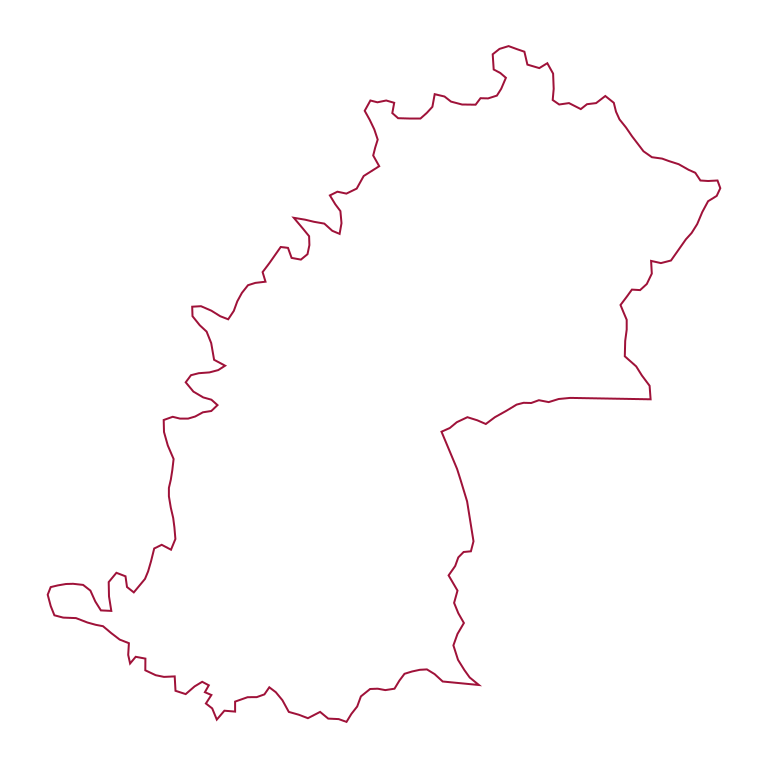 Arroio do Tigre, Rio Grande do Sul, Brazil
{"feature_id": "56859067B46715985023238", "entity_name": "Arroio do Tigre", "entity_type": "district", "adm_level": 2, "iso_a3": "BRA", "parent_name": "Brazil", "parent_adm1": "Rio Grande do Sul", "projection": "robinson", "projection_center": [-53.063, -29.255], "detail": "fine", "context": "isolated", "style": "outline", "palette": "rose", "viewbox_px": 768, "rotation_deg": 0, "n_neighbors": 0, "source": "geoboundaries", "source_scale": "gbopen_adm2", "svg_char_len": 3368}
<svg xmlns="http://www.w3.org/2000/svg" viewBox="0 0 768 768"><path d="M524.4,51.7L517.1,49.2L508.6,46.1L499.5,48.9L492.7,54.3L493.7,69.5L500.3,73.0L505.9,77.8L501.2,88.8L496.9,95.6L488.1,98.4L480.5,98.2L475.6,104.7L462.0,104.5L451.0,101.6L444.5,96.5L434.7,94.2L432.4,106.8L426.9,112.8L420.5,118.5L408.6,118.5L398.1,118.2L392.3,113.1L394.2,102.8L386.2,100.5L377.4,102.3L370.4,100.5L364.7,110.8L369.7,119.8L374.3,129.4L377.7,139.6L375.2,147.6L373.2,155.5L379.2,166.2L363.7,176.0L356.7,188.6L346.4,193.6L337.4,191.7L329.9,195.4L335.3,204.3L340.4,211.1L341.5,223.2L339.6,233.9L332.3,230.8L324.3,223.6L314.0,221.8L305.2,219.7L293.8,217.8L302.9,228.6L309.1,236.2L309.4,245.1L307.5,254.2L300.9,259.6L291.6,257.9L288.0,247.9L280.7,247.0L275.3,254.7L269.4,263.1L262.6,272.1L265.5,281.7L255.3,282.9L248.0,285.2L241.9,292.9L237.3,301.3L233.8,310.9L228.2,319.3L220.2,316.2L211.4,310.7L201.0,306.2L192.2,306.7L192.5,316.2L199.8,325.3L206.6,331.6L211.2,343.1L214.1,359.8L225.1,365.7L218.2,370.1L209.5,372.4L198.8,373.2L191.0,375.2L185.7,382.3L193.4,391.6L203.2,397.4L211.4,399.7L217.5,405.1L211.3,411.0L202.9,412.3L195.2,416.5L188.1,418.6L180.0,418.6L172.7,416.8L163.7,420.0L164.0,432.0L167.8,445.5L173.6,459.0L172.3,470.2L170.8,479.7L168.9,487.9L168.9,496.3L170.8,507.7L173.2,518.0L174.4,527.3L175.4,539.0L171.0,549.7L161.7,544.8L154.2,548.5L151.0,561.4L148.1,571.4L145.0,578.9L133.8,592.4L127.0,587.0L125.5,576.3L116.4,572.8L108.7,582.1L109.0,596.4L111.3,610.9L100.9,610.4L95.3,601.5L90.4,590.6L83.1,584.9L73.1,583.8L66.0,584.0L57.8,585.4L50.7,587.1L47.7,594.7L50.7,606.0L54.4,615.3L63.2,617.6L76.0,618.1L87.4,622.5L95.7,624.8L103.0,626.2L111.1,633.0L119.7,639.6L128.9,643.2L128.2,654.9L130.1,663.5L135.7,656.8L145.4,658.6L145.3,670.3L155.7,675.2L164.0,676.9L174.7,676.4L175.5,690.8L185.7,694.1L194.6,686.4L202.2,681.8L208.8,685.3L204.9,692.2L211.4,695.0L205.9,703.5L212.2,708.4L216.8,719.6L224.4,710.7L235.1,711.6L235.1,701.6L247.6,697.2L256.8,697.1L264.4,694.4L269.3,687.3L275.8,692.2L282.4,700.2L288.8,711.9L298.7,714.7L307.9,718.2L320.1,711.9L328.2,718.6L338.7,719.1L346.5,721.9L351.4,713.9L357.2,706.5L360.9,696.4L370.1,689.0L377.7,688.7L385.3,690.1L394.5,688.7L399.4,680.6L404.5,673.8L412.0,671.5L419.8,669.8L426.9,669.4L434.6,674.1L442.7,681.5L478.9,685.0L469.7,677.5L464.4,670.1L458.0,659.8L453.4,645.4L457.5,633.9L463.9,623.0L458.3,613.2L454.1,602.9L457.5,590.6L448.6,575.4L455.2,566.0L458.3,557.4L463.6,552.0L470.9,551.3L473.5,541.3L467.1,501.4L460.5,479.7L457.1,469.0L446.4,443.4L441.5,431.7L449.8,428.0L456.8,422.2L467.4,417.2L477.3,420.3L485.8,424.0L494.9,417.2L506.0,411.0L516.6,404.6L523.6,402.8L531.2,403.0L538.9,400.2L548.7,402.1L558.7,399.0L570.2,397.9L650.6,399.3L649.6,385.8L641.9,375.5L636.2,366.4L624.8,356.3L625.2,340.9L626.7,329.6L626.7,319.8L623.6,312.5L620.5,305.0L627.0,296.4L631.9,289.6L640.1,290.1L646.8,284.0L651.8,273.6L651.1,260.9L660.9,263.1L671.0,260.5L678.6,249.7L685.9,239.3L691.6,233.0L697.2,224.1L702.3,212.0L708.1,201.2L716.7,195.9L720.3,188.2L717.5,180.5L708.1,181.0L700.4,180.5L695.3,172.8L688.6,169.8L678.7,164.2L669.0,161.1L662.1,158.6L651.9,157.2L643.5,151.3L638.0,144.1L632.1,136.4L626.0,127.5L619.5,119.4L616.0,111.7L613.8,102.8L605.3,96.0L596.1,103.1L587.0,104.2L580.8,109.1L569.0,103.1L559.2,104.5L552.7,100.0L553.7,88.8L553.1,73.6L547.3,63.2L539.3,68.1L527.4,64.6L524.4,51.7Z" fill="none" stroke="#9f1239" stroke-width="2"/></svg>